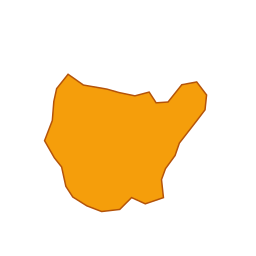 the district of Panagra, Cyprus, rotated 237°
{"feature_id": "46923920B46239783627479", "entity_name": "Panagra", "entity_type": "district", "adm_level": 2, "iso_a3": "CYP", "parent_name": "Cyprus", "parent_adm1": "", "projection": "albers", "projection_center": [33.067, 35.342], "detail": "fine", "context": "isolated", "style": "filled", "palette": "amber", "viewbox_px": 256, "rotation_deg": 237, "n_neighbors": 0, "source": "geoboundaries", "source_scale": "gbopen_adm2", "svg_char_len": 532}
<svg xmlns="http://www.w3.org/2000/svg" viewBox="0 0 256 256"><g transform="rotate(237 128 128)"><path d="M146.6,165.3L151.2,151.3L162.8,139.6L172.1,131.5L188.3,114.0L205.7,107.0L199.9,89.6L190.6,80.2L175.5,68.6L162.8,51.1L143.1,50.0L131.5,51.1L112.9,44.1L100.2,44.1L85.1,51.1L72.3,60.4L64.2,76.7L67.7,93.1L55.0,101.2L50.3,119.8L66.5,128.0L73.5,137.3L79.3,152.5L87.4,162.9L96.7,189.7L101.3,202.5L112.9,211.9L129.2,210.7L135.0,196.7L128.0,175.7L133.8,165.3L146.6,165.3Z" fill="#f59e0b" stroke="#b45309" stroke-width="1.5"/></g></svg>